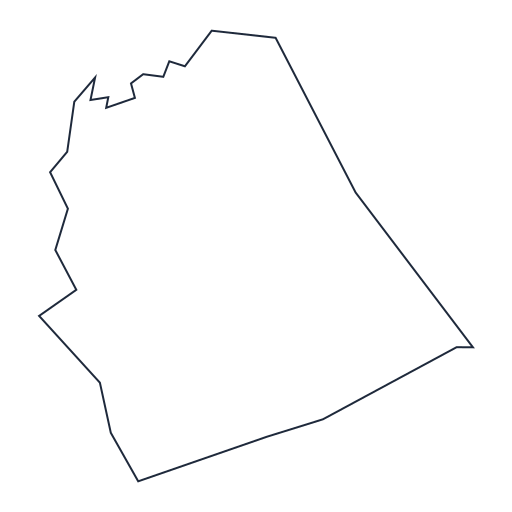 the district of Lyon, Kentucky, United States of America
{"feature_id": "52423323B26234061394677", "entity_name": "Lyon", "entity_type": "district", "adm_level": 2, "iso_a3": "USA", "parent_name": "United States of America", "parent_adm1": "Kentucky", "projection": "robinson", "projection_center": [-88.137, 37.023], "detail": "fine", "context": "isolated", "style": "outline", "palette": "slate", "viewbox_px": 512, "rotation_deg": 0, "n_neighbors": 0, "source": "geoboundaries", "source_scale": "gbopen_adm2", "svg_char_len": 441}
<svg xmlns="http://www.w3.org/2000/svg" viewBox="0 0 512 512"><path d="M95.1,77.5L74.3,101.7L67.2,151.8L50.1,172.2L67.9,208.7L55.3,250.0L76.3,289.8L39.1,315.9L99.9,382.7L110.8,432.8L138.2,481.3L266.7,436.8L322.9,419.3L456.6,347.2L472.9,347.3L355.6,192.5L275.6,37.8L211.7,30.7L184.9,66.3L169.3,61.3L163.3,76.8L143.2,74.2L131.0,83.4L134.9,97.9L106.2,107.8L108.3,97.2L90.5,100.0L95.1,77.5Z" fill="none" stroke="#1e293b" stroke-width="2"/></svg>